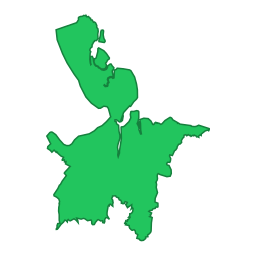 Banyu Asin, Sumatera Selatan, Indonesia
{"feature_id": "22746128B71070720422540", "entity_name": "Banyu Asin", "entity_type": "district", "adm_level": 2, "iso_a3": "IDN", "parent_name": "Indonesia", "parent_adm1": "Sumatera Selatan", "projection": "equal_earth", "projection_center": [104.728, -2.399], "detail": "fine", "context": "isolated", "style": "filled", "palette": "green", "viewbox_px": 256, "rotation_deg": 0, "n_neighbors": 0, "source": "geoboundaries", "source_scale": "gbopen_adm2", "svg_char_len": 5831}
<svg xmlns="http://www.w3.org/2000/svg" viewBox="0 0 256 256"><path d="M93.5,22.3L92.2,20.0L90.9,19.9L90.5,18.2L89.4,17.8L88.6,16.5L86.9,16.9L86.0,15.4L85.8,15.9L83.7,15.4L82.5,16.3L80.3,16.5L78.7,17.3L78.4,17.9L78.5,19.8L76.6,22.7L56.1,29.8L57.2,39.8L62.6,53.7L67.1,62.9L74.1,74.1L78.6,80.3L80.3,86.0L85.9,97.0L91.4,103.2L98.5,108.3L100.5,108.2L103.8,106.2L107.1,106.7L108.4,108.5L110.7,116.9L106.5,121.6L102.0,125.7L97.6,127.7L94.4,130.8L89.3,133.8L78.6,136.2L74.6,139.8L71.9,143.8L69.4,145.5L66.7,145.6L63.7,144.4L59.7,140.0L55.8,134.7L52.3,132.2L51.1,132.0L49.9,132.5L46.8,136.1L50.7,143.8L47.8,146.6L47.5,148.5L50.2,150.3L51.9,152.2L54.1,150.1L56.2,152.4L56.8,151.7L58.0,153.4L60.9,156.0L63.6,157.3L62.2,159.6L62.3,160.3L64.3,159.9L64.5,161.9L66.0,161.6L65.5,163.9L70.2,166.4L64.6,172.5L64.3,173.2L66.3,175.6L62.3,181.0L60.4,184.5L59.4,185.2L57.9,188.5L53.9,194.5L54.0,195.8L56.7,197.2L58.8,199.0L59.6,201.4L59.1,203.6L59.4,203.6L59.4,204.5L58.8,207.2L58.6,211.1L59.2,214.6L59.2,220.3L59.9,223.2L57.7,223.6L57.0,225.7L57.1,227.5L56.3,228.8L56.3,229.4L57.2,229.3L57.9,228.6L61.0,224.4L63.6,222.0L64.8,220.1L65.8,220.4L67.3,221.9L67.4,220.4L68.2,219.5L69.3,220.6L70.4,220.8L74.0,218.8L76.2,220.3L78.1,222.6L77.8,220.6L76.7,218.1L81.2,219.1L83.4,218.4L84.7,218.7L87.6,220.7L91.0,220.0L91.6,221.0L91.8,223.8L92.8,224.7L94.3,224.5L95.5,222.3L97.5,219.9L98.2,219.6L100.8,221.0L102.6,220.7L102.9,221.2L102.7,222.6L104.2,223.0L104.8,221.7L104.7,219.6L105.8,217.7L107.3,217.7L109.4,219.3L107.3,215.7L107.0,214.3L107.1,212.0L108.1,206.3L108.6,205.4L109.2,205.8L109.3,204.8L110.1,204.1L112.8,206.2L112.6,203.5L113.0,203.2L113.1,202.0L112.6,201.6L112.8,200.2L111.7,198.6L112.0,197.7L112.6,196.8L112.6,196.0L115.6,195.8L116.4,197.1L118.6,197.8L118.6,198.5L119.4,200.0L120.6,200.1L121.4,201.6L121.4,203.3L122.7,203.2L123.0,203.8L124.3,203.4L125.1,201.6L127.3,202.4L126.5,204.2L125.6,204.2L127.0,206.9L127.7,206.7L127.7,207.5L131.7,204.7L131.7,207.6L131.2,209.0L132.6,207.9L133.1,208.6L132.7,211.5L132.1,212.6L130.4,213.9L129.8,213.8L129.6,216.2L128.7,217.2L129.7,217.2L130.3,216.5L130.0,217.6L129.6,217.6L128.7,219.2L127.4,219.7L127.6,220.6L127.2,221.3L125.8,220.7L125.1,223.2L124.0,223.3L126.1,223.6L125.5,224.8L129.2,225.6L129.2,226.9L129.7,228.2L131.6,230.1L132.5,230.3L134.0,229.7L135.1,230.6L135.7,233.4L137.8,234.6L136.8,238.3L139.1,239.0L140.2,240.3L141.6,240.6L143.5,240.3L145.7,238.5L145.6,237.0L147.9,236.7L147.7,234.8L149.5,233.7L150.8,232.0L151.1,230.9L151.4,222.8L152.2,217.5L149.9,216.7L150.7,216.3L150.3,215.1L150.7,215.1L151.6,213.0L148.8,211.4L149.8,210.5L152.0,210.3L152.9,208.9L155.2,208.4L155.6,207.4L156.2,207.0L157.7,207.1L158.0,206.3L157.9,203.2L155.1,202.1L155.0,201.5L155.2,198.3L157.5,192.6L156.2,187.3L156.6,184.7L156.2,182.5L155.9,182.3L157.2,180.0L157.5,178.6L157.2,175.9L157.5,174.5L158.2,173.6L160.2,174.6L166.9,176.7L170.2,176.2L171.3,173.5L171.1,169.8L169.0,165.4L167.4,165.1L166.8,164.5L166.7,163.4L167.8,162.2L169.8,162.4L170.4,161.0L170.7,158.6L169.5,156.0L169.8,154.9L172.4,155.5L174.5,150.8L175.7,150.0L177.0,148.1L177.2,146.6L178.6,144.3L180.1,144.0L181.6,142.5L181.4,140.5L182.7,138.2L183.8,137.3L184.1,135.2L185.8,134.7L186.8,135.8L188.2,134.6L189.5,135.6L190.2,135.3L191.0,136.4L192.7,135.3L193.4,135.8L194.1,135.1L194.5,135.6L195.8,135.6L196.6,136.9L197.4,136.7L198.8,137.3L198.6,136.2L199.7,135.1L200.1,134.9L201.2,135.5L201.3,134.0L205.4,130.8L208.1,130.1L208.7,130.7L209.2,129.8L209.2,128.6L198.7,125.2L196.2,126.4L194.3,126.6L191.4,126.3L191.0,125.6L179.9,124.1L178.6,123.1L177.6,123.3L177.6,122.6L172.9,119.9L171.7,118.1L170.6,117.4L169.9,117.4L165.0,120.5L162.1,123.7L160.8,124.4L159.5,123.4L156.5,122.6L156.8,123.1L155.0,122.8L154.3,123.3L154.0,124.4L153.2,124.6L152.7,124.4L150.9,121.0L148.2,118.6L143.8,118.2L139.8,119.6L140.5,123.3L140.7,130.1L141.4,133.9L140.6,134.0L138.9,129.5L139.1,128.7L138.4,126.2L137.1,123.6L138.0,121.5L138.8,117.7L138.8,111.8L138.4,111.1L136.8,110.6L133.9,111.4L131.3,111.4L130.9,111.6L130.3,114.4L130.8,117.8L129.0,121.6L124.9,125.7L123.4,126.7L121.3,126.9L121.1,127.4L121.4,138.5L119.5,150.9L119.5,153.1L118.2,156.8L117.7,155.0L118.2,151.8L117.5,147.4L117.8,145.1L119.8,138.5L120.0,135.6L119.0,131.3L118.6,125.3L116.6,123.8L116.1,121.6L115.0,121.4L115.0,119.8L116.3,119.7L119.5,122.0L120.4,121.7L123.6,112.5L129.5,105.9L129.8,106.4L130.6,106.4L133.8,101.7L136.5,99.1L137.5,97.5L137.4,89.9L136.5,84.0L134.6,77.0L130.9,70.7L129.6,69.9L123.3,68.8L117.2,68.2L116.3,69.4L114.9,69.9L114.4,70.7L114.0,77.9L112.9,78.4L111.6,77.4L110.9,77.4L108.6,78.2L108.1,79.7L109.0,82.6L107.9,83.6L107.9,85.4L107.5,86.3L105.2,86.6L104.0,85.3L104.4,84.7L105.5,85.7L107.2,85.8L107.2,83.3L108.3,81.7L107.4,79.7L107.8,78.0L110.1,76.6L112.0,76.6L113.4,77.2L112.2,71.5L112.4,70.6L113.5,69.4L113.9,67.7L112.1,65.8L111.2,64.1L110.2,64.0L107.7,65.9L107.4,67.7L106.3,69.4L103.9,70.3L101.7,69.8L99.7,68.2L98.5,67.8L97.6,66.4L95.8,66.1L94.4,64.4L93.6,61.6L93.2,58.3L92.3,56.4L90.8,56.5L90.3,57.5L90.6,63.3L91.1,64.3L90.8,64.7L90.3,63.2L89.8,59.3L90.2,53.0L90.8,51.8L89.8,50.3L89.9,49.4L90.9,47.7L92.0,47.0L92.2,44.4L92.7,44.0L93.6,42.0L94.4,41.5L94.6,40.6L96.6,40.5L98.0,38.3L97.7,34.3L98.2,31.4L97.9,28.8L96.7,27.4L96.8,25.5L95.6,22.9L94.5,22.0L93.5,22.3ZM109.4,58.0L106.4,53.5L103.8,50.7L98.7,47.9L97.9,48.6L97.8,51.6L96.2,57.7L95.8,58.3L94.6,58.7L93.9,61.2L94.4,63.3L95.6,65.2L98.2,66.3L98.8,67.2L101.6,69.0L104.1,68.9L105.3,68.4L106.0,67.0L106.5,66.9L106.4,65.1L105.6,63.1L106.6,62.1L107.6,60.1L109.2,59.0L109.4,58.0ZM105.1,41.6L105.0,40.3L103.9,38.5L103.2,34.8L103.6,30.9L102.9,30.0L101.3,30.3L100.7,32.1L100.3,35.9L98.9,40.6L99.0,41.6L104.2,42.5L105.1,41.6ZM140.0,128.2L140.0,122.7L139.8,121.5L138.7,122.3L138.4,123.2L139.6,128.0L140.0,128.2ZM122.4,120.5L123.2,116.1L123.1,115.4L122.4,116.3L121.3,120.0L121.4,121.3L122.4,120.5Z" fill="#22c55e" stroke="#15803d" stroke-width="1.5"/></svg>